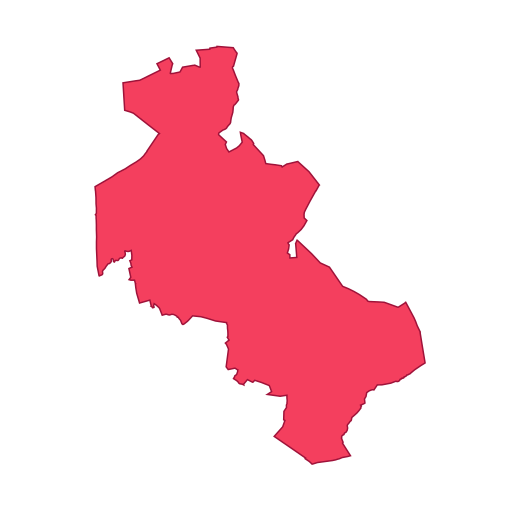 outline of Ciblas pag., Ciblas, Latvia, rotated 355°
{"feature_id": "27541924B77799225561415", "entity_name": "Ciblas pag.", "entity_type": "district", "adm_level": 2, "iso_a3": "LVA", "parent_name": "Latvia", "parent_adm1": "Ciblas", "projection": "albers", "projection_center": [27.918, 56.534], "detail": "fine", "context": "isolated", "style": "filled", "palette": "rose", "viewbox_px": 512, "rotation_deg": 355, "n_neighbors": 0, "source": "geoboundaries", "source_scale": "gbopen_adm2", "svg_char_len": 6021}
<svg xmlns="http://www.w3.org/2000/svg" viewBox="0 0 512 512"><g transform="rotate(355 256 256)"><path d="M138.6,71.9L137.9,99.2L137.9,99.4L143.4,101.6L146.4,103.1L159.7,115.6L170.5,125.6L169.1,126.5L156.6,141.9L156.7,142.0L156.6,142.3L154.3,144.7L152.9,146.4L149.3,149.3L145.0,151.8L138.6,154.9L134.0,157.4L134.0,157.5L125.4,161.0L119.2,164.7L101.7,172.9L101.7,176.6L101.8,177.2L101.7,183.7L101.2,190.2L101.2,194.4L100.7,199.6L99.6,200.9L100.2,201.6L100.2,202.2L100.0,204.6L100.0,206.1L99.7,211.2L99.3,215.6L98.9,223.1L98.3,228.0L97.7,235.0L97.2,247.1L96.9,252.4L97.9,261.8L98.1,262.2L100.9,261.3L101.3,261.0L101.6,260.6L101.7,260.4L101.8,259.8L101.7,258.0L101.9,257.6L102.4,256.8L103.2,256.2L104.5,255.0L105.0,254.4L105.4,253.7L105.8,253.2L106.5,252.5L107.7,251.1L108.0,250.9L109.4,250.7L110.5,249.9L111.2,249.1L111.4,248.6L111.4,247.2L111.5,246.7L111.9,246.3L112.6,246.1L113.1,246.4L113.4,247.0L113.6,249.0L114.0,249.5L114.3,249.7L114.8,249.3L115.0,248.6L115.3,248.3L116.0,248.1L117.4,248.4L118.1,248.4L118.7,248.0L119.1,247.3L120.1,246.4L120.6,246.2L121.9,246.1L122.4,246.6L122.7,246.6L123.5,245.8L124.9,244.9L125.4,244.4L126.0,242.9L126.0,242.4L126.0,241.8L125.8,240.5L125.6,239.9L125.7,239.6L125.9,239.5L126.2,239.5L127.2,239.9L128.4,240.3L129.6,240.4L130.7,240.1L132.1,239.5L132.2,240.1L132.4,244.5L131.9,249.0L129.9,249.7L130.7,252.3L130.8,254.4L131.5,256.3L128.3,257.4L129.4,266.3L127.5,268.5L129.3,269.2L132.9,269.5L133.1,270.7L133.4,272.6L133.5,272.8L133.4,272.8L133.5,277.1L133.9,282.7L135.9,292.7L146.4,290.7L147.3,296.8L147.1,296.9L148.0,297.6L148.4,298.5L148.6,298.6L149.9,298.3L150.0,298.0L149.7,296.9L149.7,296.5L150.4,294.6L152.4,296.3L154.8,298.9L155.4,299.9L157.4,306.8L161.1,306.1L161.9,306.2L163.4,306.9L164.6,307.2L165.4,307.1L167.0,306.7L168.2,306.9L169.1,307.2L170.1,307.8L171.7,308.9L172.0,309.2L172.1,309.9L172.6,310.2L173.1,310.2L174.0,311.8L175.2,313.4L176.2,316.8L176.7,317.5L177.1,317.8L177.5,317.8L178.5,317.4L182.0,315.1L183.2,314.1L187.6,310.1L195.9,311.7L201.8,313.8L210.0,317.2L220.6,319.7L220.5,319.8L221.0,320.9L221.1,321.4L221.4,321.7L221.5,322.0L221.6,322.4L221.5,322.5L221.3,325.6L221.4,328.0L221.3,330.6L221.0,333.8L220.3,334.4L221.8,337.4L217.9,340.1L218.9,341.5L220.5,346.3L216.6,363.8L218.4,366.7L225.3,365.9L227.7,367.8L227.9,367.8L227.6,369.7L226.8,371.4L226.6,372.0L226.2,372.5L224.6,373.4L224.3,373.9L223.9,374.9L223.3,375.6L222.9,376.2L225.8,378.4L227.1,379.8L227.8,381.1L228.4,381.7L229.1,382.0L231.1,382.5L232.6,383.4L232.5,382.6L236.7,378.4L241.5,381.4L242.0,381.4L243.9,379.7L250.3,382.4L257.9,386.2L258.6,388.4L259.7,392.5L255.2,394.9L267.8,397.8L274.7,397.4L274.5,399.3L274.5,400.3L274.4,400.9L274.5,402.1L274.3,403.9L274.1,404.6L274.1,405.2L274.1,405.6L273.5,406.7L273.3,407.3L273.2,408.1L273.2,409.3L273.1,409.7L272.6,410.3L270.3,413.2L269.3,421.6L270.5,422.3L267.7,428.5L258.4,437.3L287.8,461.6L287.3,462.2L291.0,465.2L291.8,466.0L293.7,468.2L294.6,468.1L299.2,467.1L314.4,466.4L317.6,466.0L319.7,465.5L321.2,465.3L324.2,464.3L330.1,463.7L332.7,463.2L325.9,450.1L325.9,449.9L326.2,449.8L326.5,449.1L325.8,446.8L325.5,445.7L325.4,445.1L325.5,444.5L325.4,444.5L325.6,443.9L325.6,443.2L325.8,442.8L326.3,442.4L326.9,442.1L327.2,441.7L327.7,441.7L328.1,441.5L328.2,441.0L328.5,440.4L328.8,440.1L330.0,439.5L330.5,439.2L331.0,438.5L331.7,437.4L332.1,436.0L332.3,435.4L332.1,433.0L332.5,432.0L333.7,430.9L335.3,429.0L336.4,428.3L336.7,427.7L337.4,425.2L342.7,421.3L345.0,419.1L347.3,416.5L347.2,415.6L347.9,414.7L347.2,413.7L350.2,412.7L351.4,412.2L351.7,412.0L351.6,407.9L353.3,405.6L354.4,401.7L357.2,400.1L359.8,399.4L361.0,399.4L361.8,399.7L365.6,395.0L370.3,395.3L379.3,394.4L384.2,393.0L384.7,393.0L385.5,393.4L386.0,393.4L386.9,393.3L388.3,392.5L388.5,391.7L388.8,391.4L390.0,391.2L390.2,390.7L390.5,390.5L391.4,390.7L391.6,390.6L391.7,390.3L391.9,390.2L392.1,390.4L392.4,390.3L392.6,390.2L393.0,389.3L393.2,389.2L393.6,389.4L394.0,389.1L394.9,388.8L395.7,388.1L396.0,387.6L396.5,387.7L397.1,387.6L397.3,387.4L397.7,387.2L399.1,386.8L399.4,386.5L404.1,383.2L410.7,379.5L415.1,377.3L415.1,376.9L413.6,357.5L412.8,346.5L413.0,346.1L410.5,339.5L409.3,335.1L408.0,331.3L401.1,315.1L400.9,315.1L400.6,315.5L400.1,315.9L393.3,319.4L392.9,319.4L381.7,314.2L379.7,313.3L375.1,312.6L364.6,311.2L363.3,310.6L362.3,308.8L356.1,303.8L354.6,302.7L350.4,299.8L345.3,296.7L339.9,293.9L339.6,293.7L328.2,273.5L319.4,268.5L311.6,258.6L298.5,243.9L298.3,243.8L296.5,247.2L296.6,247.4L296.5,261.0L289.6,260.9L289.8,257.6L287.8,256.0L287.5,255.7L289.1,251.8L290.0,247.8L289.2,246.5L289.0,245.6L289.9,245.1L294.0,243.0L295.2,240.9L297.7,237.9L298.0,237.4L299.5,236.5L303.3,233.5L306.3,230.2L309.8,225.1L307.3,222.3L307.5,218.6L308.0,216.6L309.5,214.0L314.7,205.9L321.3,196.2L321.5,196.3L325.1,190.9L325.3,190.8L316.1,176.6L306.0,165.7L305.9,165.5L295.0,167.1L294.9,167.0L289.8,169.6L289.2,168.3L283.1,166.8L279.1,166.0L273.8,164.8L273.2,161.3L272.2,156.7L263.0,144.8L263.5,143.7L262.0,140.7L261.3,139.7L259.9,138.4L258.8,137.2L254.6,133.2L254.5,132.9L251.2,131.4L251.4,134.3L252.2,141.4L249.0,144.7L246.1,146.7L238.1,150.0L236.1,146.5L235.1,142.2L236.5,139.8L229.3,131.9L229.4,131.5L229.5,130.6L229.7,130.3L230.2,129.9L233.9,127.7L235.9,127.1L236.8,126.7L237.4,126.3L237.9,125.9L238.5,125.0L239.6,123.8L241.6,122.0L242.3,120.8L242.8,118.4L243.4,116.1L245.4,110.9L246.0,107.8L246.3,105.7L246.8,104.5L247.2,103.8L248.0,103.4L249.3,102.2L251.9,99.4L252.1,99.1L252.2,98.7L251.8,97.0L251.9,96.0L251.0,91.6L251.0,90.6L252.3,88.5L252.5,87.6L253.7,85.0L254.0,83.1L254.0,82.6L253.5,81.6L251.1,74.0L249.5,68.3L249.0,67.2L249.0,65.8L249.3,65.4L249.6,65.1L250.1,65.0L254.3,54.0L254.8,52.7L254.7,52.2L254.5,51.7L254.1,51.3L252.4,48.3L251.5,46.5L235.4,43.8L235.2,44.5L228.2,44.9L228.0,46.0L214.4,45.8L217.6,54.0L216.9,62.9L216.1,62.9L211.6,60.5L211.3,60.7L210.1,60.6L199.3,61.5L199.0,62.0L196.5,65.8L196.1,66.1L189.5,66.9L186.7,66.8L186.5,66.5L189.2,58.3L189.8,57.2L186.7,51.0L174.1,55.8L176.9,62.5L155.5,70.8L151.3,71.0L138.6,71.9Z" fill="#f43f5e" stroke="#9f1239" stroke-width="1.5"/></g></svg>